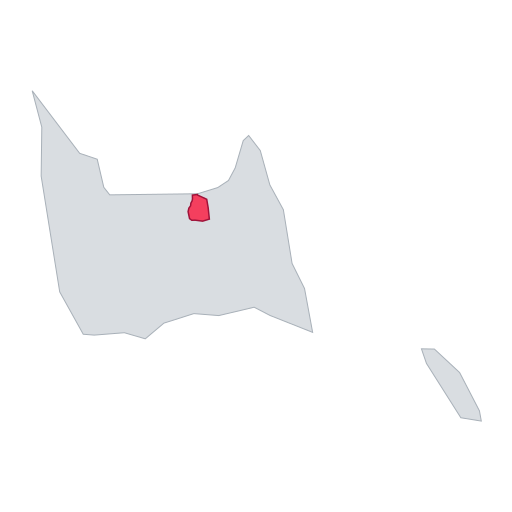 where Chaguanas sits in Trinidad and Tobago, rotated 83°
{"feature_id": "TTO-63", "entity_name": "Chaguanas", "entity_type": "City", "adm_level": 1, "iso_a3": "TTO", "parent_name": "Trinidad and Tobago", "parent_adm1": "", "projection": "natural_earth1", "projection_center": [-61.422, 10.535], "detail": "fine", "context": "in_parent", "style": "filled", "palette": "rose", "viewbox_px": 512, "rotation_deg": 83, "n_neighbors": 0, "source": "natural_earth", "source_scale": "10m", "svg_char_len": 897}
<svg xmlns="http://www.w3.org/2000/svg" viewBox="0 0 512 512"><g transform="rotate(83 256 256)"><path d="M312.6,437.0L267.7,455.2L150.5,459.5L102.0,452.9L64.7,458.0L132.6,418.5L140.6,401.8L169.3,398.7L177.5,393.7L187.1,306.4L183.4,285.6L177.7,274.1L166.0,265.9L139.9,254.6L135.5,248.6L151.9,238.9L187.1,233.6L213.4,223.2L267.8,221.1L294.2,211.8L338.7,209.1L316.8,249.2L306.6,264.1L310.6,300.2L305.6,324.7L311.4,355.6L324.7,376.0L316.1,396.0L314.8,426.2L312.6,437.0ZM383.4,99.9L368.3,103.1L370.1,90.3L396.5,68.1L436.9,53.1L447.3,52.5L441.5,72.4L383.4,99.9Z" fill="#d9dde1" stroke="#a8b0b8" stroke-width="1"/><path d="M187.8,311.7L187.8,306.7L188.3,306.7L193.7,298.0L202.4,297.6L213.7,297.8L214.9,304.7L213.0,312.1L212.7,315.4L210.8,317.4L203.7,318.0L200.3,316.8L198.2,314.8L195.6,314.2L193.5,312.7L191.7,312.1L187.8,311.7L187.8,311.7Z" fill="#f43f5e" stroke="#9f1239" stroke-width="1.5"/></g></svg>